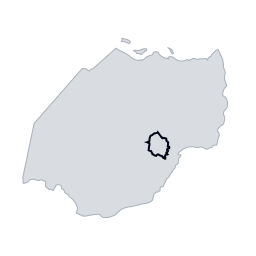 location of Mbarali, Mbeya, United Republic of Tanzania, rotated 282°
{"feature_id": "72390352B36245556910711", "entity_name": "Mbarali", "entity_type": "district", "adm_level": 2, "iso_a3": "TZA", "parent_name": "United Republic of Tanzania", "parent_adm1": "Mbeya", "projection": "orthographic", "projection_center": [34.247, -8.278], "detail": "fine", "context": "in_parent", "style": "outline", "palette": "ink", "viewbox_px": 256, "rotation_deg": 282, "n_neighbors": 0, "source": "geoboundaries", "source_scale": "gbopen_adm2", "svg_char_len": 7228}
<svg xmlns="http://www.w3.org/2000/svg" viewBox="0 0 256 256"><g transform="rotate(282 128 128)"><path d="M94.9,180.7L92.1,179.2L89.5,178.4L87.4,177.4L86.5,176.4L84.6,176.0L82.9,175.9L81.3,175.0L78.1,174.7L77.7,174.1L77.7,172.7L77.1,172.4L76.0,172.0L74.7,172.1L73.9,172.3L73.5,172.2L72.4,171.4L71.5,170.4L71.1,168.8L69.6,167.8L67.9,167.0L63.2,167.1L62.5,166.9L61.4,166.1L60.0,164.7L59.0,163.2L58.0,161.1L57.0,158.3L51.6,147.2L51.0,145.1L49.9,142.8L48.2,139.9L46.3,137.8L43.8,135.9L41.0,134.0L39.5,132.7L36.5,127.5L35.9,125.0L35.4,122.5L35.6,121.5L37.4,118.2L37.6,117.2L37.3,116.0L36.4,113.4L35.3,110.2L32.9,104.5L32.6,103.0L32.6,101.9L33.9,96.0L33.9,95.2L39.3,95.3L43.3,92.7L46.7,88.8L47.4,87.2L48.8,84.7L50.1,83.5L50.7,82.6L51.4,80.1L53.3,78.5L55.0,77.2L54.6,76.3L54.9,75.9L55.9,75.3L57.7,74.6L58.1,73.4L58.1,71.9L57.8,71.1L57.8,70.2L57.5,69.6L56.3,69.5L54.5,68.8L53.0,68.5L51.9,68.1L51.5,67.8L51.4,66.9L52.2,64.7L51.4,63.8L53.3,60.0L53.6,59.6L54.3,59.5L55.4,59.1L56.4,58.9L57.2,59.1L57.8,58.9L58.4,58.5L58.8,57.2L59.2,55.1L59.0,53.4L58.2,52.1L58.0,50.1L58.3,47.4L58.0,45.1L57.2,43.3L56.3,42.3L54.9,41.8L52.8,39.0L52.1,37.7L52.2,36.9L53.0,36.5L54.3,36.6L55.6,36.3L56.8,35.6L58.0,35.3L58.6,35.4L112.9,35.2L176.4,70.7L176.7,71.1L177.1,74.2L177.0,75.2L176.1,76.9L175.8,77.8L175.7,78.5L176.0,78.7L176.8,78.8L177.5,79.3L177.8,79.6L178.3,80.9L179.0,81.6L202.9,99.2L203.5,99.5L203.1,100.9L201.8,104.4L201.7,105.9L201.1,107.6L200.6,108.8L199.2,113.7L198.0,115.6L196.4,119.9L196.1,123.2L197.0,125.6L197.3,127.8L199.1,129.9L200.6,130.7L201.6,131.7L203.3,134.0L204.3,136.3L207.5,137.4L208.7,139.9L208.2,141.7L206.7,143.1L205.3,145.4L204.2,148.4L204.1,153.1L204.9,152.4L206.5,153.6L206.7,157.0L204.9,161.0L204.4,162.9L204.2,164.5L205.4,169.3L207.3,171.8L207.1,172.6L206.6,173.2L209.8,177.6L209.5,181.3L210.7,184.3L211.2,186.8L211.9,188.8L212.1,190.1L211.0,191.6L213.4,192.0L214.7,193.3L215.4,194.4L217.1,194.4L218.0,195.2L219.3,195.9L222.2,197.9L223.0,198.9L223.4,199.8L215.3,205.9L212.3,207.4L210.2,208.1L208.0,208.5L205.9,209.5L203.9,211.0L201.3,211.7L198.2,211.7L194.9,212.7L189.7,215.8L186.7,214.0L184.4,213.5L181.7,213.5L180.0,213.7L179.4,214.1L178.9,215.1L178.4,216.9L176.6,218.6L173.5,220.2L170.7,220.8L168.0,220.4L166.3,219.7L165.4,218.7L164.0,218.3L162.2,218.3L160.5,219.0L158.8,220.3L156.2,220.8L152.5,220.6L150.6,220.0L150.3,218.9L148.8,217.7L145.9,216.2L143.7,216.2L142.4,217.6L141.1,218.4L140.0,218.8L138.9,218.8L137.5,218.4L133.5,218.3L129.7,218.3L129.3,216.3L128.5,215.1L127.8,214.4L126.5,214.2L126.2,213.7L125.7,212.4L125.1,211.4L124.2,210.5L123.7,209.7L123.5,208.9L123.7,208.1L124.5,206.1L124.7,204.7L124.6,203.3L124.2,201.8L123.3,200.1L123.4,199.6L123.1,198.4L123.1,197.5L123.3,196.5L123.1,195.1L122.3,192.2L122.3,191.5L121.5,190.1L119.0,186.7L118.8,186.3L114.9,182.9L113.3,182.2L112.7,182.8L112.5,183.4L112.7,184.5L112.6,185.0L112.4,185.3L111.5,185.2L110.9,185.1L109.4,184.2L108.2,184.0L105.3,184.2L104.2,184.4L103.4,184.2L101.9,182.6L100.1,182.3L98.5,182.2L95.8,180.5L94.9,180.7ZM208.0,125.2L209.3,128.9L209.1,129.6L208.2,130.0L207.7,130.0L207.1,129.4L206.7,128.2L206.0,128.5L204.8,127.0L203.6,126.9L202.6,125.1L203.0,123.5L202.8,120.9L204.1,119.6L204.8,117.3L205.7,118.9L205.8,121.3L206.9,124.2L208.0,125.2ZM214.5,103.3L214.6,104.2L214.4,105.0L214.4,107.6L214.3,109.4L213.3,111.7L212.5,112.6L211.7,112.3L211.2,111.9L210.7,111.3L211.7,106.9L211.2,103.6L213.1,104.0L214.5,103.3ZM211.3,156.5L210.4,156.7L210.0,156.5L209.5,155.8L210.5,155.2L211.4,154.0L213.7,152.3L214.7,150.9L214.6,152.2L213.3,155.2L212.2,155.4L211.3,156.5Z" fill="#d9dde1" stroke="#a8b0b8" stroke-width="1"/><path d="M118.0,149.6L117.6,151.8L117.6,152.0L117.3,152.2L117.2,152.2L117.0,152.3L116.7,152.4L116.3,152.4L115.5,152.5L115.4,152.5L114.9,152.4L114.5,152.4L114.0,152.4L113.7,152.5L113.4,152.5L113.2,152.5L112.9,152.6L112.6,152.6L112.3,152.7L112.2,152.7L111.7,152.6L111.4,152.7L110.9,152.7L110.9,152.8L110.7,152.9L110.5,153.0L110.4,153.2L110.3,153.3L110.3,153.5L110.2,153.8L110.2,154.1L110.2,154.3L110.2,154.9L110.2,155.0L110.2,155.3L110.0,155.5L109.8,155.6L109.7,155.8L109.4,156.0L109.2,156.1L109.0,156.3L108.8,156.5L108.6,156.6L108.5,156.8L108.3,157.0L108.0,157.2L107.8,157.3L107.5,157.4L107.5,157.5L107.4,157.5L107.4,157.8L107.4,158.0L107.2,158.5L107.1,158.8L106.9,159.2L106.8,159.4L106.7,159.5L106.7,159.9L106.7,160.0L106.6,160.4L106.6,160.7L106.7,160.9L106.7,161.2L106.8,161.2L106.8,161.3L107.0,161.4L107.3,161.5L107.5,161.7L107.7,161.8L107.8,162.1L108.1,162.3L108.3,162.7L108.4,162.8L108.4,163.0L108.4,163.3L108.4,163.5L108.3,163.8L108.2,163.9L108.2,164.0L107.9,164.3L107.9,164.5L107.8,164.8L107.8,165.0L107.8,165.3L107.8,165.6L107.7,165.8L107.6,166.0L107.5,166.4L107.6,166.6L107.7,166.8L107.6,167.0L107.4,167.2L107.3,167.4L107.2,167.5L107.0,167.8L106.9,167.9L106.8,168.1L106.6,168.2L106.4,168.4L106.2,168.6L106.1,168.8L106.0,169.1L106.0,169.3L106.0,169.5L105.9,169.9L105.8,170.1L105.7,170.3L105.6,170.5L105.7,170.8L106.0,170.7L106.3,170.7L106.6,170.7L106.9,170.7L107.0,170.7L107.2,170.3L107.3,170.2L107.5,170.0L107.7,169.8L107.8,169.8L108.0,169.8L108.3,170.0L108.9,170.1L109.0,170.1L109.8,170.5L110.1,171.4L110.2,172.0L110.3,172.1L110.5,171.6L110.6,171.3L110.7,170.9L110.9,170.9L111.2,170.9L111.3,170.9L111.6,170.8L111.6,171.0L111.6,171.4L111.8,171.4L112.0,171.4L112.3,171.4L112.5,171.4L112.8,171.4L113.2,171.3L113.2,171.6L113.3,171.7L113.6,171.8L114.0,171.9L114.1,171.7L114.3,171.5L114.3,171.3L114.3,170.9L114.7,170.8L115.0,170.8L115.4,170.9L115.5,170.8L115.8,171.0L116.1,171.2L116.1,171.4L116.3,171.6L116.3,171.8L116.4,172.0L116.5,172.1L116.6,172.3L116.8,172.5L117.4,172.5L118.2,172.2L118.3,171.8L118.3,171.7L118.3,171.3L118.4,171.2L118.3,170.7L119.6,170.6L120.1,170.6L120.5,170.6L120.8,170.5L121.0,170.4L121.5,170.3L121.8,170.3L122.0,170.2L122.1,170.3L122.7,169.9L122.9,169.2L123.0,169.0L123.2,168.8L123.3,168.6L123.4,168.4L123.5,168.2L123.8,168.1L124.0,168.1L124.9,167.8L125.2,167.8L125.3,167.8L125.4,167.6L125.5,167.5L125.5,167.4L125.7,167.2L125.6,166.9L125.7,166.6L125.6,166.4L125.6,166.1L125.7,165.9L125.7,165.5L125.8,165.3L125.8,165.2L125.7,165.0L125.7,164.9L125.6,164.7L125.5,164.4L125.3,164.3L125.2,164.2L125.1,163.9L125.2,163.7L125.3,163.6L125.3,163.4L125.5,163.2L125.8,163.1L125.9,162.9L126.0,162.9L126.2,162.5L126.2,162.4L126.3,162.4L126.4,162.2L126.5,162.0L126.7,161.8L126.8,161.7L127.0,161.6L127.1,161.4L127.3,161.1L127.5,160.9L127.6,160.7L127.9,160.4L128.2,160.1L128.4,159.8L128.7,159.5L128.8,159.3L128.9,159.2L129.0,159.1L129.2,158.9L129.3,158.9L129.5,158.8L129.6,158.6L129.7,158.3L129.9,158.1L130.0,158.0L129.7,157.9L129.5,157.7L129.4,157.6L129.3,157.4L129.2,157.3L129.1,157.1L129.0,156.9L128.9,156.7L128.8,156.4L128.7,156.2L128.6,155.9L128.4,155.6L128.2,155.4L128.2,155.2L128.0,154.9L127.9,154.7L128.0,154.6L127.9,154.5L127.4,154.1L126.9,153.8L126.6,153.5L126.5,153.4L126.3,153.3L126.2,153.2L126.0,152.9L125.9,152.8L125.8,152.6L125.7,152.4L125.4,152.2L125.2,151.8L125.0,151.7L124.9,151.7L124.6,151.6L124.1,151.5L123.6,151.4L123.1,151.4L122.1,151.3L121.9,151.3L121.7,151.3L121.3,151.4L121.0,151.5L120.9,151.5L120.6,151.5L120.3,151.6L120.1,151.6L119.6,151.6L119.4,151.6L119.1,151.2L118.9,150.9L118.7,150.7L118.6,150.3L118.5,150.2L118.4,150.1L118.1,149.8L118.0,149.6Z" fill="none" stroke="#020617" stroke-width="2"/></g></svg>